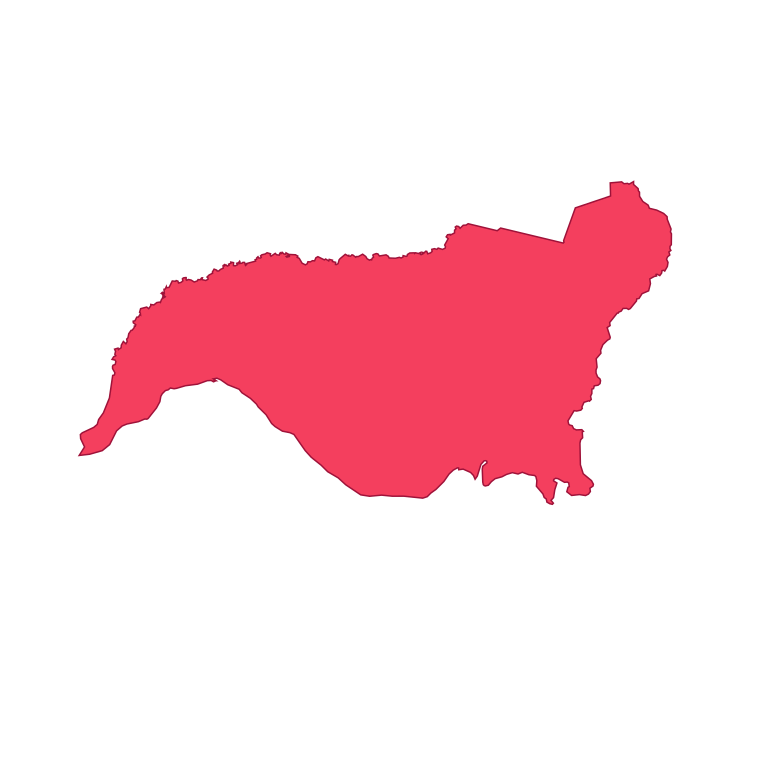 Monte Caseros, Corrientes, Argentina (Robinson projection), rotated 78°
{"feature_id": "61730980B11613530457142", "entity_name": "Monte Caseros", "entity_type": "district", "adm_level": 2, "iso_a3": "ARG", "parent_name": "Argentina", "parent_adm1": "Corrientes", "projection": "robinson", "projection_center": [-57.85, -30.275], "detail": "fine", "context": "isolated", "style": "filled", "palette": "rose", "viewbox_px": 768, "rotation_deg": 78, "n_neighbors": 0, "source": "geoboundaries", "source_scale": "gbopen_adm2", "svg_char_len": 6123}
<svg xmlns="http://www.w3.org/2000/svg" viewBox="0 0 768 768"><g transform="rotate(78 384 384)"><path d="M237.1,484.1L237.6,493.4L238.5,493.4L239.2,494.8L236.1,495.1L235.7,496.7L236.3,497.9L236.1,500.5L234.8,499.5L233.9,499.7L235.1,501.1L235.3,503.0L236.9,502.6L237.5,505.0L236.9,506.6L234.0,505.9L232.9,508.5L234.0,508.6L234.5,511.1L235.7,510.9L236.1,512.8L234.5,513.9L235.2,515.2L234.1,515.3L234.7,516.8L237.3,517.2L237.9,520.1L239.1,522.1L238.8,523.7L237.8,524.0L236.3,526.3L238.8,528.6L240.0,528.6L241.0,532.4L242.6,534.9L243.7,534.1L244.9,534.3L245.7,536.8L244.0,540.4L242.4,539.5L242.3,540.4L243.8,542.0L243.2,544.2L244.3,545.1L244.8,548.4L242.2,551.1L241.1,553.6L241.5,555.4L240.9,555.9L238.8,555.4L238.6,556.1L238.5,558.2L239.1,559.3L241.3,559.3L242.4,561.3L242.5,564.0L240.5,564.2L239.6,565.8L240.2,566.6L239.2,569.7L244.8,574.1L244.6,576.7L243.5,576.7L245.6,578.2L245.6,579.5L249.5,580.0L248.2,581.7L248.9,582.8L249.3,581.5L249.9,582.3L250.8,582.0L250.5,580.8L251.9,580.8L253.2,579.8L253.6,580.6L252.0,581.7L253.3,582.6L254.0,582.2L254.8,583.9L257.8,585.8L257.2,586.5L257.1,589.3L258.8,592.7L257.7,595.6L258.9,595.8L261.4,598.5L259.4,600.1L259.7,606.4L263.1,608.2L263.8,607.6L265.9,607.8L265.4,608.3L267.4,610.3L267.2,611.9L270.4,614.5L270.4,616.3L272.0,616.5L274.4,614.5L275.8,615.3L275.4,616.1L276.9,616.6L279.0,619.1L279.0,620.3L281.7,623.2L285.5,624.8L286.6,626.4L289.1,626.4L291.0,628.1L288.2,630.1L291.4,632.9L293.9,633.6L295.1,636.6L293.6,636.7L293.9,640.3L296.3,639.8L299.0,641.1L300.6,640.5L301.2,642.8L303.4,644.9L304.7,642.1L306.3,641.6L309.0,642.9L309.3,645.1L310.3,645.9L312.5,646.3L317.0,644.9L319.1,645.8L319.2,647.6L340.6,655.5L353.9,664.5L359.4,670.5L363.9,672.9L366.1,677.0L369.0,689.3L370.3,691.5L374.4,692.1L383.3,690.0L390.5,697.0L391.5,686.5L390.6,673.4L386.2,664.9L374.2,655.3L370.6,648.8L369.7,643.8L369.8,632.0L368.5,625.3L369.1,623.2L368.7,621.9L360.2,611.6L354.7,606.9L349.7,604.9L347.4,602.9L345.0,599.2L344.8,596.2L343.5,593.8L345.0,590.3L345.1,587.8L344.4,578.6L345.4,566.3L344.0,556.2L344.6,552.3L346.4,550.3L346.2,549.1L345.6,549.3L345.9,547.5L343.5,549.9L343.6,546.2L346.0,542.8L352.2,537.0L359.0,526.8L363.0,524.8L370.2,517.7L377.2,512.9L380.3,511.8L389.6,505.7L399.3,502.1L403.0,499.4L409.0,493.2L412.0,486.2L414.6,482.6L432.8,474.9L440.7,470.3L450.3,462.4L458.1,457.3L466.3,448.3L474.6,442.4L487.6,429.8L490.8,421.4L492.2,409.5L495.5,399.1L497.8,388.1L503.7,369.8L503.2,365.1L500.4,360.8L497.9,355.1L491.8,345.7L485.6,339.1L482.6,334.1L481.3,329.7L481.6,328.5L483.4,328.7L483.7,324.3L488.5,317.7L492.1,315.5L496.1,314.7L493.5,311.9L482.8,305.9L479.9,301.9L480.2,300.4L480.9,299.5L482.6,299.7L485.0,304.5L487.8,305.6L500.5,307.8L503.1,307.8L504.2,307.1L504.8,306.0L504.7,303.0L501.8,299.2L499.7,295.0L499.3,288.0L497.9,282.9L497.4,276.9L499.9,271.6L499.1,267.1L502.9,261.1L504.8,255.7L506.2,254.7L510.3,254.6L515.7,256.2L524.6,251.4L528.3,250.9L530.2,249.2L533.4,249.2L535.6,246.7L536.7,244.3L535.8,243.1L532.5,244.8L530.4,241.8L522.9,238.9L516.8,235.4L513.9,238.3L512.6,237.7L511.9,235.7L512.8,233.4L517.7,227.9L518.0,225.2L519.1,223.9L522.9,224.1L523.3,225.5L527.4,227.6L532.0,223.7L532.8,215.8L535.0,210.1L534.2,206.9L532.1,204.5L528.8,204.3L527.3,200.8L525.6,200.0L521.7,201.1L513.2,207.8L503.9,208.7L482.5,204.6L479.4,203.2L477.9,200.9L472.0,200.0L471.8,198.8L469.8,200.0L468.9,205.4L467.1,207.8L463.9,208.6L462.6,211.1L461.5,211.7L458.3,211.7L449.6,203.6L450.5,201.2L450.5,196.9L449.1,195.1L447.6,195.2L443.5,192.2L443.0,187.1L443.5,186.6L442.2,184.5L438.9,184.5L436.6,182.7L432.2,181.7L432.1,180.0L429.5,178.7L429.7,174.9L428.5,172.6L425.8,171.5L423.9,171.7L421.5,173.6L417.4,174.3L414.4,173.7L411.8,172.1L403.4,171.2L399.0,165.4L396.0,165.1L391.0,161.7L387.6,156.3L386.8,153.7L385.3,153.0L375.2,154.0L373.9,150.7L370.8,150.5L363.1,141.1L363.3,140.0L362.5,139.4L362.0,136.8L359.8,134.5L360.5,130.8L361.9,129.3L361.4,127.4L355.3,119.8L353.3,119.1L353.4,116.8L349.3,112.8L347.9,105.8L341.2,102.5L336.5,102.2L335.0,97.2L335.0,95.0L333.4,95.1L333.4,94.1L335.3,91.7L333.3,89.4L330.9,88.5L331.0,86.6L331.9,85.9L328.0,82.4L324.1,80.9L320.6,81.7L318.5,80.1L317.2,77.6L314.1,77.9L313.0,75.6L311.1,76.2L308.8,75.6L307.5,74.0L296.8,71.6L294.8,72.2L292.1,71.0L281.8,72.7L279.2,72.3L275.3,75.0L270.6,81.1L267.3,87.9L264.0,88.4L259.3,92.9L253.5,95.0L249.5,94.2L247.9,95.0L245.7,94.8L240.7,98.4L237.9,97.8L239.5,102.8L238.4,104.0L238.0,107.6L235.7,109.5L234.3,120.9L247.2,123.3L251.5,160.2L281.1,178.5L282.8,178.5L283.4,179.4L255.7,237.5L257.6,241.4L244.7,268.4L245.6,270.6L245.2,273.5L247.5,277.2L245.5,278.2L244.6,280.2L245.3,281.7L247.2,281.3L248.2,283.0L250.9,283.6L252.1,288.1L251.4,288.2L251.2,290.8L253.0,292.6L255.2,291.0L260.7,295.8L262.5,295.3L263.9,296.0L264.5,298.8L262.3,302.8L263.3,304.3L262.1,306.5L262.2,309.3L264.4,309.4L265.4,311.2L265.7,314.2L263.1,314.6L262.8,315.7L264.5,318.1L263.5,318.4L263.1,319.4L265.0,319.6L265.2,320.7L264.8,321.5L263.0,321.0L263.5,323.2L262.2,325.9L262.7,326.9L262.0,327.1L261.2,331.5L262.2,334.2L263.5,334.7L263.8,335.8L262.4,338.6L263.8,339.1L264.3,341.1L263.3,342.6L263.4,346.6L261.8,352.8L260.0,353.2L258.1,355.1L257.8,361.9L255.5,362.9L254.8,364.5L255.2,367.4L255.6,368.1L257.8,367.9L258.6,369.5L260.0,370.3L259.5,371.3L259.9,372.3L258.0,374.5L255.5,375.3L252.6,377.9L254.0,382.6L253.6,384.6L254.1,385.3L251.3,387.7L251.0,388.6L252.0,390.1L251.5,392.0L250.8,391.8L250.8,393.0L249.1,394.9L252.2,400.8L253.2,402.1L256.7,403.9L257.3,405.7L257.0,406.6L254.9,406.0L253.5,409.0L252.2,408.6L250.7,411.7L252.1,412.5L249.6,415.1L250.2,416.5L245.7,422.2L246.4,424.4L249.1,426.3L248.5,428.4L249.2,430.6L248.6,433.0L250.4,434.1L251.1,436.1L248.8,439.0L243.4,440.8L242.1,442.6L241.0,441.7L239.2,443.7L237.6,449.6L239.6,450.0L239.7,452.7L239.0,453.2L238.5,451.3L237.1,450.5L235.3,452.6L236.5,453.2L236.2,454.6L234.1,456.2L235.0,457.0L235.0,458.0L234.1,457.9L234.4,458.7L236.2,459.7L235.2,462.2L233.6,463.2L235.5,468.0L234.2,468.5L233.0,467.9L231.3,471.1L232.1,473.1L232.2,476.6L233.0,478.1L234.5,477.7L235.1,478.5L234.7,480.3L233.3,480.8L234.3,482.4L235.5,482.6L235.6,484.2L237.1,484.1Z" fill="#f43f5e" stroke="#9f1239" stroke-width="1.5"/></g></svg>